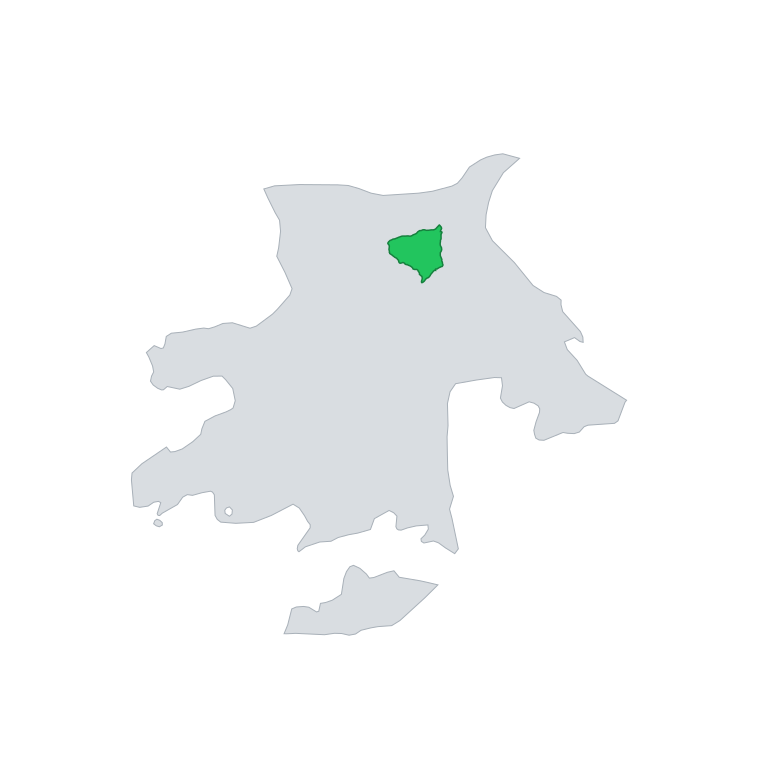 location of Gobustan District, Qobustan, Azerbaijan, rotated 304°
{"feature_id": "54616110B43271825035432", "entity_name": "Gobustan District", "entity_type": "district", "adm_level": 2, "iso_a3": "AZE", "parent_name": "Azerbaijan", "parent_adm1": "Qobustan", "projection": "mercator", "projection_center": [48.924, 40.545], "detail": "fine", "context": "in_parent", "style": "filled", "palette": "green", "viewbox_px": 768, "rotation_deg": 304, "n_neighbors": 0, "source": "geoboundaries", "source_scale": "gbopen_adm2", "svg_char_len": 5432}
<svg xmlns="http://www.w3.org/2000/svg" viewBox="0 0 768 768"><g transform="rotate(304 384 384)"><path d="M506.2,594.2L503.6,594.0L484.3,598.6L480.3,597.1L463.9,576.1L460.5,573.8L453.4,572.8L449.2,569.4L445.8,563.7L443.9,559.5L426.8,548.1L424.3,543.9L424.0,540.2L426.5,536.9L429.4,534.1L437.7,531.2L447.4,528.8L450.5,527.0L452.1,524.0L452.0,519.1L450.4,514.3L436.4,505.5L434.9,501.7L434.5,497.1L435.3,492.2L437.4,488.4L448.8,483.2L454.9,477.9L451.1,471.9L438.8,458.2L424.3,443.2L414.5,443.1L403.3,447.5L385.4,460.3L375.5,465.8L362.5,474.9L348.4,484.9L336.9,495.6L329.7,504.4L316.9,508.3L310.4,515.7L288.9,537.8L282.9,537.5L282.5,526.6L282.8,517.9L281.5,512.8L274.5,506.0L274.4,503.0L276.3,501.2L281.6,502.3L288.5,501.9L291.7,499.2L284.4,490.1L277.9,484.0L272.4,479.9L271.1,477.5L271.1,475.7L272.3,473.7L281.7,468.6L282.7,464.0L282.0,458.9L267.0,451.3L255.8,454.1L245.7,445.6L239.3,439.0L231.2,431.9L224.0,428.0L217.1,419.1L205.1,409.9L197.4,407.3L197.5,405.9L198.9,404.2L202.1,402.8L223.5,403.2L226.1,401.5L227.4,397.5L230.4,391.7L233.8,383.1L233.5,375.8L212.0,364.1L196.4,353.3L185.6,339.0L178.2,325.9L178.5,321.5L180.6,317.4L197.3,305.3L198.5,302.2L198.1,300.1L192.1,293.9L184.6,287.5L182.3,282.8L177.6,280.4L168.6,280.2L152.9,272.4L149.5,271.6L148.8,270.1L149.6,268.5L160.8,265.3L160.6,262.7L157.2,259.2L150.9,256.7L145.1,250.4L143.0,244.7L163.3,228.2L169.3,224.9L182.6,227.9L210.1,238.9L208.2,245.0L211.0,248.4L217.4,253.1L229.5,257.8L239.8,260.2L245.0,258.1L252.9,256.4L263.1,261.8L272.6,268.7L277.3,271.4L279.8,272.3L287.0,270.0L295.7,261.1L299.0,250.4L300.0,245.3L295.0,238.1L284.6,230.4L273.0,223.6L265.5,217.6L260.7,205.7L255.9,204.4L254.7,202.9L253.9,198.8L254.1,193.2L255.8,188.8L260.5,186.9L265.2,186.3L269.5,182.1L274.9,173.9L277.2,169.4L287.3,172.0L288.7,179.3L290.5,180.9L294.7,180.0L301.7,176.9L307.2,179.3L314.4,188.0L324.2,197.2L329.6,203.3L331.7,207.6L336.7,211.7L344.1,216.6L350.0,224.1L355.3,241.7L360.6,245.8L379.6,252.5L386.3,253.8L405.0,256.2L411.6,254.5L421.2,239.4L429.9,223.7L438.0,220.5L452.7,212.9L461.4,205.8L465.1,198.1L473.4,183.5L478.5,175.3L487.1,182.5L502.0,202.3L523.3,234.4L528.6,243.4L532.0,253.9L535.0,266.6L539.8,277.8L561.5,305.9L570.8,316.3L586.0,329.6L591.4,332.6L598.6,333.5L611.6,333.5L623.7,338.7L629.6,342.4L635.8,347.7L641.3,353.8L646.9,370.2L625.9,364.8L604.9,365.7L593.0,369.2L581.4,374.0L570.3,380.7L563.4,393.8L557.6,424.1L549.0,452.4L549.3,465.5L553.1,478.0L552.6,483.9L548.7,486.4L543.9,491.7L537.3,517.5L534.1,522.6L529.9,525.8L528.8,522.7L529.0,516.0L519.8,510.0L515.0,516.7L511.6,530.9L504.9,545.7L504.6,548.5L506.2,594.2ZM194.8,328.7L195.7,324.6L193.1,322.7L190.3,322.6L187.9,324.7L187.9,329.8L191.2,330.7L194.8,328.7ZM125.7,447.3L122.6,443.1L121.1,440.8L130.4,438.9L145.9,433.3L150.1,436.0L154.6,441.7L156.9,446.5L157.3,455.5L159.1,457.0L166.6,454.0L170.0,457.6L175.8,462.0L185.8,466.3L200.3,459.5L207.5,457.8L213.4,457.9L216.6,460.1L217.7,467.1L216.6,475.7L214.9,480.4L217.9,483.8L229.8,492.1L234.7,496.7L232.3,504.7L241.1,524.1L244.1,531.7L247.6,541.0L229.5,537.4L196.9,529.5L188.0,525.5L179.5,514.7L174.4,509.4L167.0,502.7L160.8,500.2L156.2,495.5L153.5,488.5L149.6,482.3L142.9,474.9L127.7,449.9L125.7,447.3ZM145.1,277.6L143.1,279.1L140.0,277.6L139.1,274.5L139.3,271.2L142.4,270.4L144.9,271.3L145.6,274.3L145.1,277.6Z" fill="#d9dde1" stroke="#a8b0b8" stroke-width="1"/><path d="M502.9,308.4L502.7,308.6L502.2,309.5L502.0,310.4L501.7,310.9L501.0,311.5L500.3,311.8L499.8,312.2L499.0,312.5L498.4,312.8L497.9,313.3L497.4,313.9L496.9,314.4L496.2,314.7L496.0,315.2L495.4,315.8L495.4,316.9L495.4,318.6L495.2,320.2L495.2,321.1L495.1,322.1L495.2,323.3L495.4,324.0L494.9,325.5L494.7,326.7L493.6,327.9L493.1,328.7L493.1,329.8L494.3,331.0L495.3,331.7L495.5,332.4L495.6,333.6L495.2,334.4L495.4,335.7L496.1,336.6L496.0,337.6L496.3,338.7L496.5,339.6L496.5,340.8L496.4,342.0L496.2,342.8L495.6,343.8L496.1,345.4L496.8,346.4L497.3,347.1L497.3,348.2L497.1,348.7L496.7,349.3L496.5,349.5L496.3,350.2L496.1,351.0L495.5,351.5L494.7,352.1L494.6,353.1L494.4,354.3L494.4,355.2L493.7,356.0L493.3,356.3L492.7,356.8L491.9,357.1L490.9,357.4L490.2,357.6L489.6,358.0L489.2,358.4L489.2,358.8L490.0,359.3L490.8,359.6L491.9,359.9L493.4,359.9L494.6,360.0L495.4,360.3L496.4,360.7L496.5,361.0L497.1,361.3L498.4,361.6L500.0,361.6L500.9,361.5L501.5,361.5L503.0,361.7L504.0,361.8L505.3,361.9L506.1,362.2L506.7,362.7L507.0,363.2L507.5,362.5L508.3,362.6L508.9,363.6L509.9,364.0L511.3,364.6L512.0,365.1L513.1,365.7L514.0,366.5L515.1,366.5L515.8,366.2L516.5,365.2L517.7,364.2L518.3,363.0L519.5,362.4L520.2,361.5L521.0,360.2L522.0,358.8L523.2,358.0L524.4,357.2L525.8,357.2L527.5,356.8L529.1,355.5L529.4,355.0L529.7,354.4L530.1,353.6L530.8,352.8L531.3,352.4L532.2,351.8L533.1,351.4L533.7,351.1L534.6,350.5L535.2,350.3L535.7,350.3L536.3,350.1L537.2,349.5L538.2,348.8L538.9,348.3L539.8,347.8L540.0,347.5L541.2,347.5L542.3,347.2L542.3,346.4L541.9,345.5L542.9,345.1L544.1,345.0L545.1,344.8L546.0,343.9L546.4,342.6L546.7,341.6L546.7,340.9L545.5,340.7L543.6,340.4L541.3,340.1L539.6,339.0L538.2,337.0L536.3,334.9L535.0,333.1L534.6,331.6L533.7,330.1L532.0,329.0L531.0,327.7L529.0,326.9L527.1,326.7L526.0,326.2L523.9,324.7L522.4,324.1L521.1,323.0L520.2,321.1L519.6,320.3L518.4,318.8L517.4,317.2L516.5,316.1L515.2,315.1L514.4,314.6L513.6,313.9L512.6,313.4L511.8,312.7L510.7,312.1L510.0,311.4L509.1,310.4L507.5,309.6L506.5,308.8L504.4,308.3L502.9,308.4L502.9,308.4Z" fill="#22c55e" stroke="#15803d" stroke-width="1.5"/></g></svg>